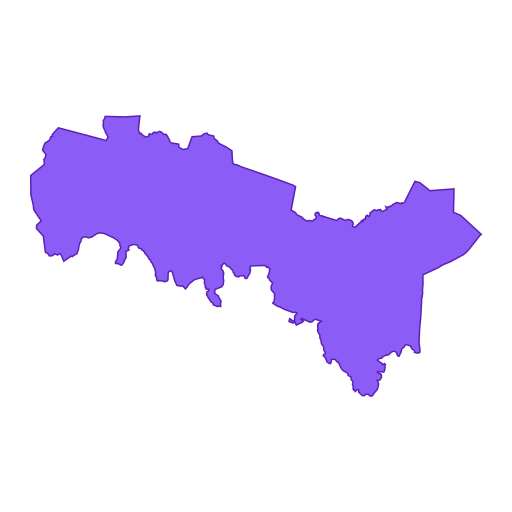 outline of Zvirgzdenes pag., Ciblas, Latvia
{"feature_id": "27541924B83087939381555", "entity_name": "Zvirgzdenes pag.", "entity_type": "district", "adm_level": 2, "iso_a3": "LVA", "parent_name": "Latvia", "parent_adm1": "Ciblas", "projection": "orthographic", "projection_center": [27.712, 56.569], "detail": "fine", "context": "isolated", "style": "filled", "palette": "violet", "viewbox_px": 512, "rotation_deg": 0, "n_neighbors": 0, "source": "geoboundaries", "source_scale": "gbopen_adm2", "svg_char_len": 6071}
<svg xmlns="http://www.w3.org/2000/svg" viewBox="0 0 512 512"><path d="M44.4,164.4L30.7,175.5L30.9,194.7L31.2,196.2L33.2,204.8L33.7,209.1L34.3,210.6L41.2,220.9L36.6,225.2L36.5,228.6L43.3,236.0L45.4,252.3L47.8,253.5L49.5,256.0L52.6,255.6L54.6,253.8L57.5,255.0L60.0,253.7L61.2,255.0L63.8,261.2L70.9,256.3L72.7,256.5L73.3,255.7L76.9,253.7L78.6,248.8L78.9,246.2L79.9,242.8L80.9,241.5L81.1,239.5L82.2,237.8L85.3,236.7L88.5,237.9L91.9,237.0L96.1,234.1L98.9,232.9L103.8,233.3L114.0,238.0L117.5,240.5L119.8,243.4L120.0,245.7L120.7,247.3L120.7,248.3L117.9,251.8L117.3,258.7L115.5,262.0L115.4,263.2L115.7,263.5L118.1,263.6L120.9,265.2L122.1,264.9L123.7,262.6L125.1,259.1L126.1,257.7L126.0,251.4L128.9,250.1L128.9,249.6L128.3,249.1L128.3,247.7L129.0,247.0L129.2,245.8L133.8,244.4L136.9,245.0L137.5,245.6L138.7,248.0L141.5,249.0L142.0,250.1L143.7,250.8L143.6,251.3L144.5,252.0L144.7,253.2L146.4,254.6L146.8,255.7L147.7,256.2L149.0,259.0L150.5,260.3L151.3,262.4L152.5,263.4L153.3,265.9L154.8,268.7L155.8,273.4L155.7,274.1L155.3,274.4L155.7,275.2L155.4,275.7L156.6,277.6L156.9,280.3L157.4,280.9L161.2,280.7L164.5,281.7L166.6,281.3L168.0,279.8L168.1,273.7L168.4,272.8L168.9,271.6L171.1,270.8L172.3,272.2L175.0,281.6L175.4,281.9L176.7,285.3L180.9,286.2L182.7,285.9L185.4,288.9L187.0,287.2L188.9,284.1L194.6,279.6L202.7,277.3L202.8,278.0L204.6,279.7L204.3,283.5L204.9,284.2L205.4,285.9L205.2,286.4L205.5,287.8L206.1,288.1L206.3,289.3L207.5,289.0L209.0,289.5L208.5,290.9L207.0,291.8L206.5,293.8L206.8,295.2L207.3,295.6L207.9,297.1L211.0,301.9L213.1,303.3L213.2,304.8L217.6,306.6L219.5,306.1L220.7,306.5L220.5,304.0L221.0,300.9L219.0,297.8L218.3,295.8L214.4,293.3L214.9,292.1L214.9,289.5L221.9,286.7L223.2,284.6L223.7,280.8L223.1,276.8L223.6,274.5L223.6,272.5L222.9,270.7L221.2,268.5L221.3,267.4L222.0,266.4L221.1,265.4L222.2,265.0L224.0,263.2L225.0,263.5L226.7,265.8L229.3,266.9L233.1,271.0L233.2,272.6L234.1,273.0L234.6,275.2L236.6,276.7L237.1,276.3L238.7,276.9L240.1,275.8L243.9,275.9L244.3,276.2L245.0,278.1L245.9,278.6L247.3,277.9L248.7,274.7L249.5,274.1L250.6,270.0L249.8,269.3L249.7,268.7L250.4,267.9L250.1,266.7L250.9,265.9L265.0,265.5L267.0,267.4L267.6,266.7L269.9,268.8L269.5,269.6L269.4,271.9L268.8,273.9L267.5,276.9L267.9,277.7L268.8,278.0L269.7,280.1L272.2,282.7L272.5,283.6L271.3,285.8L271.1,286.9L271.3,289.8L274.8,294.0L274.3,295.8L274.7,297.6L273.8,302.0L272.8,302.8L272.9,303.3L277.7,306.4L279.7,306.8L284.5,309.4L292.7,312.4L295.8,312.4L297.0,313.0L294.7,316.0L294.5,320.9L292.9,320.9L289.7,318.6L289.0,321.5L292.3,322.8L293.6,323.0L295.2,322.3L296.3,325.1L302.2,322.3L303.5,321.0L301.0,319.4L301.8,318.4L309.9,322.2L312.1,321.8L314.1,319.8L315.6,319.3L321.3,321.2L318.6,323.1L317.7,324.3L317.7,327.9L318.2,329.2L317.5,329.9L318.0,332.0L319.8,335.3L319.9,338.1L320.9,339.8L321.4,343.7L323.9,347.1L323.6,347.8L323.7,349.2L324.1,350.7L325.2,352.3L325.4,353.6L323.5,354.7L323.3,355.7L325.7,358.2L327.0,361.9L328.9,363.3L330.5,363.6L331.4,361.1L331.2,359.8L331.7,359.2L335.5,359.5L336.5,361.4L338.6,362.7L341.0,368.1L343.2,370.7L347.7,373.2L348.1,375.5L350.9,376.8L351.2,379.6L352.4,380.9L353.0,382.2L352.8,383.6L352.4,384.2L353.4,386.7L353.0,388.1L353.3,389.3L353.6,389.2L354.0,390.2L354.6,390.0L355.2,391.5L357.3,389.5L358.6,389.8L358.7,392.2L362.5,395.7L364.3,395.6L366.0,394.3L368.0,394.2L370.0,396.0L371.8,396.1L373.4,394.5L373.7,393.6L376.9,390.0L377.7,388.5L378.6,384.0L378.4,382.9L377.1,380.4L378.9,380.4L380.0,379.8L381.5,377.4L381.5,375.8L381.3,374.8L380.6,373.9L378.0,372.8L377.5,372.3L377.5,371.8L378.9,371.5L383.7,372.1L384.7,370.3L384.7,368.8L385.1,368.0L384.7,366.0L385.5,364.6L384.3,363.5L383.1,364.6L382.5,364.5L381.7,363.2L377.4,360.3L378.0,359.1L382.0,358.0L383.1,356.5L385.3,355.5L388.6,354.8L391.3,352.1L392.8,351.4L394.8,351.4L396.4,352.4L397.6,355.8L399.1,356.2L401.2,351.6L401.7,348.9L404.2,346.9L405.1,345.3L406.1,344.6L410.6,346.0L411.6,348.5L414.1,350.3L415.0,352.1L414.7,352.4L417.2,353.1L419.3,352.8L419.9,352.2L419.8,351.2L420.1,350.8L419.0,342.5L419.7,327.6L420.7,317.6L421.7,299.7L421.2,298.6L422.1,297.5L422.6,293.1L422.5,289.6L423.0,284.0L422.9,274.8L437.8,267.9L443.0,264.7L450.4,261.7L463.3,254.7L466.4,252.2L469.5,248.7L480.1,235.2L481.3,234.4L460.7,215.4L453.5,212.3L454.0,188.9L429.9,190.7L420.0,182.7L415.0,181.3L404.3,202.6L403.0,203.2L401.7,202.8L401.2,203.7L396.8,202.5L393.3,204.2L390.4,206.7L390.1,206.3L388.2,206.8L387.4,207.7L385.9,206.8L386.9,209.6L384.1,210.5L382.7,211.6L381.7,211.2L380.5,209.5L379.3,210.2L378.9,209.6L376.4,210.6L374.7,209.8L373.5,210.2L370.0,213.0L370.1,215.1L369.4,216.3L368.6,216.5L367.7,215.3L366.1,215.8L365.8,216.6L366.2,216.9L365.5,217.8L365.5,219.1L364.6,219.0L362.9,219.9L363.1,220.9L362.9,221.4L361.7,220.9L361.9,221.6L361.1,221.7L354.9,227.3L352.6,226.6L352.5,225.5L353.3,224.1L352.8,222.1L351.5,220.7L349.7,219.9L347.5,219.4L345.5,220.5L340.1,218.0L337.8,219.3L337.2,220.4L336.3,220.4L324.0,216.6L323.4,216.9L322.5,215.8L320.3,215.9L319.6,215.2L318.9,213.1L317.9,212.2L315.6,213.0L315.1,213.9L315.2,215.5L316.5,217.2L316.2,218.5L313.6,219.9L312.5,221.2L309.0,220.4L307.0,221.1L302.9,218.6L302.6,217.6L296.7,214.6L295.5,212.6L291.1,210.1L295.6,186.7L293.2,185.2L271.3,177.2L240.7,166.6L238.3,165.3L233.3,164.0L232.5,161.2L231.9,150.7L226.1,147.0L219.0,143.4L217.6,142.2L217.7,141.2L214.1,138.4L213.7,136.0L208.3,134.8L207.0,133.1L203.5,134.1L201.5,136.0L192.1,136.7L187.7,148.7L183.0,149.5L179.5,147.6L178.6,146.4L178.8,145.4L178.7,144.1L171.5,143.0L170.1,142.1L169.4,139.9L166.9,135.3L165.7,134.2L164.1,134.6L161.1,131.9L159.4,131.4L156.0,133.1L155.7,132.3L154.1,132.2L152.8,133.1L152.8,133.8L151.5,134.3L149.6,133.8L149.0,134.2L148.9,136.0L145.8,137.2L141.1,134.0L141.2,133.4L140.9,133.2L139.6,133.5L138.8,131.0L138.4,129.4L139.9,115.9L125.1,116.9L105.1,116.4L104.9,118.2L103.2,120.7L103.6,122.4L103.1,124.0L103.2,126.5L104.4,129.6L105.1,130.2L105.2,131.9L108.1,136.9L106.2,140.5L58.3,127.8L52.2,134.7L52.5,136.3L51.2,136.5L50.5,137.2L50.0,139.3L49.4,140.2L44.9,143.2L43.6,146.4L42.5,150.1L46.0,154.5L45.2,157.9L43.9,159.2L44.4,164.4Z" fill="#8b5cf6" stroke="#5b21b6" stroke-width="1.5"/></svg>